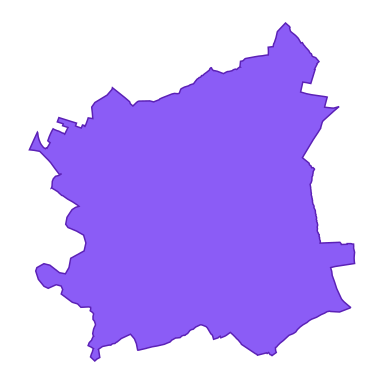 outline of Mihalt, Alba, Romania
{"feature_id": "2599482B90708528056967", "entity_name": "Mihalt", "entity_type": "district", "adm_level": 2, "iso_a3": "ROU", "parent_name": "Romania", "parent_adm1": "Alba", "projection": "mercator", "projection_center": [23.75, 46.165], "detail": "fine", "context": "isolated", "style": "filled", "palette": "violet", "viewbox_px": 384, "rotation_deg": 0, "n_neighbors": 0, "source": "geoboundaries", "source_scale": "gbopen_adm2", "svg_char_len": 5842}
<svg xmlns="http://www.w3.org/2000/svg" viewBox="0 0 384 384"><path d="M257.4,355.2L266.5,352.9L267.1,353.5L268.6,352.5L270.1,354.6L271.1,354.9L272.0,355.6L276.3,352.5L275.7,350.8L275.5,349.1L275.5,347.5L276.5,347.0L277.9,345.3L280.0,343.2L283.4,340.5L289.0,335.3L293.0,333.7L294.2,333.0L295.8,331.9L297.4,329.6L300.2,326.9L303.0,324.8L307.0,322.5L308.7,321.0L309.7,320.3L311.6,319.2L316.7,317.2L321.2,314.6L324.7,313.1L327.0,311.7L329.6,311.2L330.6,311.5L339.6,312.0L350.2,307.9L350.5,307.3L348.5,305.7L344.1,301.9L342.4,300.1L341.4,298.8L336.7,288.6L334.6,282.1L332.2,275.4L332.0,273.5L331.7,271.2L330.6,267.6L335.1,266.5L354.6,263.5L354.3,261.3L354.1,258.0L354.3,255.3L354.6,252.3L353.6,248.1L353.7,246.8L353.6,244.1L352.1,244.0L351.4,243.7L350.5,243.6L347.1,243.6L347.1,244.3L341.3,244.5L341.1,243.7L339.9,242.3L320.1,243.1L320.3,241.9L320.3,241.0L319.7,239.5L319.7,238.7L319.4,238.1L319.6,237.5L319.1,236.3L319.2,234.5L318.4,233.8L318.2,232.8L317.6,232.1L317.2,230.5L317.5,228.7L317.2,227.1L317.7,225.0L317.1,222.3L316.6,221.7L316.8,220.4L316.3,219.6L316.6,218.0L316.4,216.8L315.8,215.3L316.0,214.4L315.5,213.6L315.3,210.4L313.9,207.6L314.1,206.8L313.8,205.4L313.0,204.2L312.5,201.9L312.5,200.1L312.1,199.1L312.2,198.5L311.8,197.4L311.9,197.0L311.6,196.2L311.2,194.5L311.4,193.3L311.1,192.3L310.9,189.7L310.7,189.1L310.7,188.6L310.6,188.0L310.7,187.5L310.1,184.3L311.1,182.8L311.2,182.3L311.5,181.8L311.6,181.2L311.9,180.3L312.0,176.9L312.7,175.6L312.8,175.1L312.7,174.7L313.0,173.5L313.2,171.5L314.5,169.2L314.4,168.9L313.0,167.6L311.6,167.7L311.0,165.9L310.3,165.5L309.4,164.6L309.1,163.2L302.4,157.7L313.4,139.4L318.0,132.5L320.8,128.0L320.7,127.6L322.2,122.4L322.4,121.9L323.1,120.8L333.7,111.2L339.1,106.6L333.7,108.1L331.8,108.0L324.6,107.2L324.7,106.6L327.2,97.1L326.0,96.8L311.4,94.7L306.5,93.7L300.6,92.0L302.8,82.1L306.3,82.6L310.8,83.5L315.1,69.5L314.5,69.3L316.1,66.1L317.1,64.2L316.9,63.7L319.0,61.6L317.7,60.0L317.0,59.3L316.2,58.1L314.9,57.3L313.3,56.8L312.4,56.3L311.8,55.5L311.7,54.6L311.3,53.8L310.2,53.1L309.4,52.0L308.9,50.8L305.3,46.9L304.6,45.9L303.8,45.1L302.3,42.6L301.0,43.0L298.2,38.2L295.5,35.4L291.2,32.0L290.4,31.0L289.6,28.1L290.0,27.7L289.6,26.6L285.5,23.0L277.9,31.0L277.3,31.8L276.0,37.7L274.4,42.5L273.7,43.8L273.2,46.1L273.2,46.6L268.2,47.2L268.4,50.8L268.4,52.3L268.3,54.9L265.1,55.3L262.1,55.8L258.9,56.1L255.3,56.7L245.6,58.5L244.8,58.9L244.0,59.8L243.2,60.5L242.7,60.9L240.5,61.3L240.1,65.5L239.9,66.4L240.4,67.1L239.5,67.2L238.2,68.1L237.0,69.3L236.6,69.5L236.2,69.4L235.8,69.1L234.3,69.4L233.0,70.0L232.1,70.7L231.8,70.8L229.2,71.4L228.3,71.5L227.8,71.5L227.1,71.7L225.8,72.3L224.8,72.9L223.5,73.6L222.1,73.1L217.4,71.3L216.1,71.0L214.3,70.6L213.8,70.7L213.1,70.3L211.9,68.9L211.7,68.3L211.4,67.8L211.1,67.7L210.7,67.9L209.9,68.7L209.4,70.0L208.7,70.7L208.2,71.0L207.0,72.0L205.4,73.2L204.4,73.9L202.6,75.6L201.8,75.5L201.6,75.6L201.4,75.8L201.1,76.6L200.3,77.2L199.8,77.4L199.2,77.5L198.2,78.5L197.4,78.9L196.5,79.8L196.4,80.1L195.9,80.6L195.2,81.5L194.3,82.7L193.7,83.6L193.4,83.8L190.2,84.8L188.6,85.8L184.4,87.1L181.3,88.7L180.7,89.3L179.6,92.4L179.1,93.4L177.5,93.7L174.5,93.4L171.9,94.0L162.0,97.9L159.7,99.0L159.2,99.7L155.3,101.2L153.7,101.9L149.8,100.9L139.0,101.1L137.8,101.5L136.6,102.4L132.9,106.0L130.4,103.8L129.6,101.7L124.7,97.5L112.4,87.7L112.0,89.4L107.1,95.1L94.9,102.5L91.7,107.1L92.3,112.5L92.8,118.6L88.2,117.9L87.4,120.3L85.5,125.5L84.9,126.5L84.3,126.2L84.1,125.9L84.1,125.4L82.5,125.0L81.3,128.0L81.2,128.0L77.3,126.7L75.5,125.9L76.5,123.1L71.9,121.7L58.9,117.6L57.4,121.6L57.3,121.9L63.2,123.8L63.3,123.9L62.6,125.7L68.0,127.5L64.7,134.2L64.1,133.7L63.7,133.4L63.4,133.2L62.4,133.0L61.4,132.5L58.7,131.1L57.2,130.7L54.3,129.5L53.1,128.8L51.7,131.3L50.5,133.8L49.3,136.6L47.8,140.8L48.7,141.7L50.1,142.6L49.5,143.9L47.0,148.2L46.4,147.8L45.4,148.7L43.9,147.8L42.8,146.7L41.4,144.8L40.4,143.2L39.0,139.6L38.2,136.7L37.7,132.7L37.4,132.2L33.7,140.2L29.4,149.8L34.0,150.3L39.6,151.3L39.9,151.5L46.0,157.7L48.0,159.7L50.7,162.7L54.9,168.5L59.5,174.6L60.9,173.9L61.0,174.2L58.7,175.5L55.5,176.3L55.1,176.7L54.5,177.6L53.5,178.4L52.3,181.3L52.0,186.5L51.4,188.0L51.6,187.9L57.8,191.7L58.8,192.8L61.7,195.4L62.7,195.6L67.5,199.0L72.5,201.8L77.5,205.1L78.7,206.0L79.0,206.3L75.5,207.4L72.1,209.6L70.4,212.1L67.0,217.3L65.7,224.3L68.0,227.5L76.6,231.1L83.6,235.1L85.9,243.0L84.1,250.9L70.7,258.3L69.0,267.5L65.4,273.8L59.5,272.7L49.9,265.2L43.9,263.7L36.9,267.6L35.7,271.0L38.4,279.4L44.0,286.3L48.2,288.3L56.2,284.7L61.1,286.0L62.7,289.5L61.2,294.0L72.3,302.3L77.6,303.9L80.9,307.3L88.7,306.9L90.6,307.3L90.7,309.0L90.2,310.6L90.3,310.9L91.5,311.6L93.4,313.4L93.6,314.0L93.0,316.3L93.0,319.4L94.4,321.1L95.4,324.1L95.4,325.2L94.4,327.2L93.6,329.1L92.7,333.6L93.2,335.5L93.7,336.2L93.2,336.5L92.0,339.0L91.6,340.2L89.9,341.9L89.1,342.9L88.1,345.6L90.8,346.9L93.5,348.6L93.1,349.1L92.3,352.1L91.5,353.8L90.5,356.9L94.8,361.0L97.0,359.0L99.8,357.5L98.7,350.3L98.3,349.4L102.5,346.5L106.7,345.6L109.0,345.1L110.9,345.1L111.6,344.4L112.7,343.7L114.9,343.5L116.4,342.2L117.1,342.0L121.3,338.5L130.5,334.2L134.4,338.8L136.4,343.7L137.6,349.9L137.7,350.1L138.8,350.1L146.5,348.3L147.3,348.0L148.7,347.7L152.1,346.8L156.9,346.0L164.3,344.3L167.4,343.0L170.0,342.0L171.0,341.0L171.5,340.3L175.8,337.9L176.3,338.0L180.1,337.6L181.8,336.0L183.6,335.3L184.5,335.4L184.8,335.2L185.4,335.1L185.6,334.7L187.6,333.5L188.8,332.0L189.9,330.5L191.7,329.5L193.1,329.3L194.1,328.5L194.4,328.0L195.1,327.6L195.8,326.9L196.4,326.7L199.7,325.1L200.9,324.7L202.6,325.2L206.1,326.6L207.3,327.8L211.0,334.0L211.8,334.5L212.6,335.8L213.6,339.3L218.0,337.9L218.6,337.3L220.1,336.2L220.8,337.8L225.0,336.1L226.5,335.2L230.3,332.4L233.0,334.8L235.5,337.3L236.5,338.5L237.9,339.7L238.7,340.6L241.0,343.4L241.4,344.3L255.3,353.6L257.1,354.5L257.4,355.2Z" fill="#8b5cf6" stroke="#5b21b6" stroke-width="1.5"/></svg>